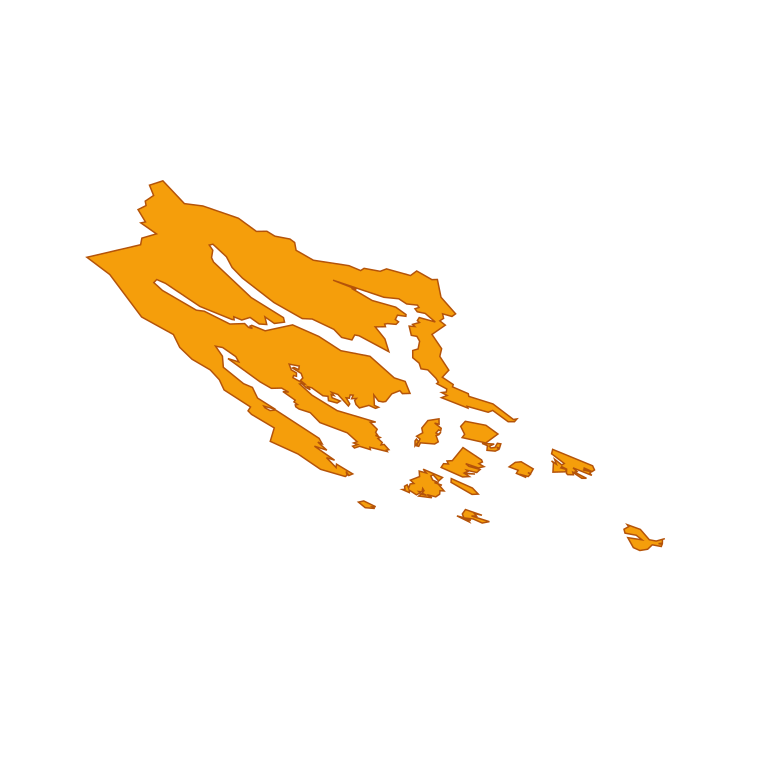 the district of Rødøy nor, Nordland, Norway, rotated 209°
{"feature_id": "86288312B63422016976384", "entity_name": "Rødøy nor", "entity_type": "district", "adm_level": 2, "iso_a3": "NOR", "parent_name": "Norway", "parent_adm1": "Nordland", "projection": "robinson", "projection_center": [13.227, 66.575], "detail": "fine", "context": "isolated", "style": "filled", "palette": "amber", "viewbox_px": 768, "rotation_deg": 209, "n_neighbors": 0, "source": "geoboundaries", "source_scale": "gbopen_adm2", "svg_char_len": 6166}
<svg xmlns="http://www.w3.org/2000/svg" viewBox="0 0 768 768"><g transform="rotate(209 384 384)"><path d="M455.7,278.7L425.3,281.1L398.2,278.6L373.0,284.3L372.1,286.3L374.7,289.1L370.4,286.9L367.8,290.2L386.7,290.9L385.4,287.7L398.6,291.7L390.3,293.4L414.7,295.9L401.9,298.4L413.7,301.1L409.1,301.7L414.4,305.0L466.2,308.7L470.8,305.5L476.7,305.5L478.4,306.4L466.6,309.2L487.8,310.4L497.4,317.2L507.0,316.2L532.6,320.7L538.8,330.0L549.7,335.4L542.8,337.7L526.9,336.1L521.7,332.9L532.8,330.6L493.5,325.8L480.4,325.6L471.6,330.8L463.4,330.6L468.8,328.4L453.8,326.8L454.1,324.7L449.7,324.1L451.5,322.7L450.2,321.3L446.2,320.9L434.6,323.2L421.3,319.2L392.4,323.5L379.5,320.5L382.0,317.7L377.7,318.3L381.3,314.4L378.8,313.7L375.1,317.7L364.1,320.0L365.7,321.8L348.4,326.5L349.8,327.3L347.9,328.9L354.6,331.2L357.1,329.3L357.2,332.0L362.9,333.4L361.4,335.4L366.6,334.9L364.7,336.1L367.9,337.7L368.0,341.1L377.5,343.8L372.8,346.7L412.1,338.0L441.5,339.3L457.8,343.1L455.2,345.3L466.8,345.4L467.2,347.6L464.3,348.3L465.9,351.2L472.0,351.4L476.6,355.4L466.8,358.6L465.6,355.2L470.8,354.8L471.8,353.6L461.6,353.1L457.9,349.9L458.8,346.6L452.9,345.6L454.6,344.2L450.3,343.1L445.7,343.2L449.4,344.7L445.2,345.7L431.7,344.1L427.0,346.1L424.5,342.5L415.8,344.6L414.0,347.9L422.7,346.8L425.0,349.1L422.2,349.7L426.0,351.3L419.1,352.5L404.5,347.5L404.3,350.0L410.4,353.6L407.5,354.7L408.3,358.1L405.5,359.3L405.2,355.4L401.1,358.0L401.7,355.4L398.6,352.5L393.9,351.1L386.8,358.0L379.6,358.6L377.5,361.0L382.0,360.6L387.6,369.5L380.5,366.4L376.2,367.8L374.0,369.6L372.4,379.2L366.9,385.9L363.2,384.5L356.7,388.4L366.7,396.5L378.0,394.3L409.7,401.4L437.9,392.2L464.0,394.0L492.6,391.4L513.7,372.9L528.1,371.2L529.3,369.6L526.0,368.8L529.9,367.8L535.2,369.3L547.9,361.7L576.6,360.5L583.9,357.6L623.1,358.4L634.5,361.1L633.4,365.2L623.8,366.1L582.7,362.6L548.4,366.7L546.2,367.5L548.0,370.0L539.4,371.0L533.4,377.3L522.2,376.0L515.4,379.2L520.7,385.0L509.2,383.8L501.0,389.9L504.1,393.3L542.1,395.2L592.2,408.0L596.1,410.9L598.6,418.0L604.2,420.8L601.4,423.3L583.5,418.9L573.4,412.3L559.2,408.0L519.8,401.9L487.2,401.6L478.3,406.0L454.3,407.5L443.7,404.2L433.4,407.0L433.4,412.7L429.2,414.1L395.4,414.6L405.0,423.8L419.4,429.7L410.5,434.8L412.5,436.7L410.3,438.5L402.4,442.0L401.4,445.4L405.4,445.9L405.6,450.7L397.7,453.8L398.4,455.4L411.0,456.9L434.8,451.3L458.8,451.9L454.0,453.4L478.9,450.1L426.1,459.8L412.4,465.7L403.0,465.0L393.0,469.2L390.5,467.9L393.4,464.8L389.9,463.3L382.2,465.7L369.2,463.1L385.4,459.2L385.6,455.6L382.8,455.0L387.9,450.0L384.9,449.2L390.1,446.8L383.7,439.8L378.3,441.6L373.6,438.7L371.2,431.2L375.1,427.2L371.6,420.9L363.4,419.3L359.0,415.2L352.6,417.6L341.3,414.2L337.3,411.9L338.1,409.9L326.7,410.1L325.6,407.2L329.4,404.5L323.2,404.6L327.1,399.9L299.0,403.6L300.4,404.8L279.2,409.8L276.1,413.6L257.1,411.2L251.6,414.3L250.8,417.9L253.6,415.7L279.0,419.4L303.8,414.3L305.6,416.4L322.7,414.7L323.2,417.1L336.3,418.2L334.0,427.5L348.6,435.2L350.7,442.8L366.1,450.6L358.9,465.2L365.8,466.3L363.7,470.3L366.8,473.8L357.3,476.0L355.4,480.1L376.2,487.5L388.0,501.3L392.7,498.5L410.2,498.7L413.4,491.7L437.6,485.9L442.0,480.7L457.5,475.5L459.4,471.9L472.0,470.5L505.8,458.0L525.7,458.3L530.7,464.4L536.5,465.2L551.1,460.4L560.5,460.8L569.6,455.6L591.7,458.4L628.7,451.9L646.0,445.0L675.9,454.5L685.5,444.2L676.9,437.2L681.5,428.2L678.6,424.7L683.7,417.3L671.2,410.1L674.8,407.0L655.8,405.0L666.5,394.2L664.4,387.8L705.3,350.8L676.9,346.8L628.5,325.1L592.2,325.2L580.4,317.0L564.0,312.6L542.8,312.1L530.1,307.9L521.0,301.3L489.6,299.2L489.9,294.6L485.2,293.2L458.7,292.4L455.7,278.7ZM316.8,300.6L309.2,301.3L310.4,303.4L301.9,302.8L299.6,306.3L301.5,306.8L298.5,308.1L299.5,311.4L297.3,310.1L297.7,307.0L292.8,307.2L298.2,305.7L299.3,302.8L287.0,307.7L292.6,308.1L284.0,310.4L281.9,314.6L283.3,317.8L279.6,319.6L287.6,322.6L284.2,323.6L292.0,322.2L288.5,324.2L294.8,323.6L298.5,326.2L297.0,328.4L289.2,325.7L287.5,330.6L308.4,328.5L303.8,326.7L311.0,324.9L308.0,320.3L314.3,312.7L309.6,311.5L312.6,309.3L312.1,304.9L314.9,307.1L316.5,304.5L314.6,302.1L316.8,300.6ZM293.6,338.7L270.2,340.8L264.5,344.4L269.8,344.8L260.7,349.4L271.1,344.8L268.3,348.2L270.0,348.7L260.0,351.5L258.5,355.8L269.9,353.1L273.9,354.0L260.7,356.4L256.5,360.2L262.4,360.3L260.1,363.5L261.8,364.9L284.1,366.7L287.1,350.1L291.6,347.2L288.9,345.3L293.3,343.2L293.6,338.7ZM204.8,408.6L203.6,404.2L187.8,401.9L189.2,399.4L198.3,400.9L194.3,397.4L200.2,398.0L197.6,397.2L193.5,388.8L182.5,395.3L183.3,397.6L188.7,396.3L188.5,397.9L183.0,398.1L181.1,394.3L179.4,393.8L174.4,396.4L176.1,398.3L165.3,397.4L161.2,399.7L174.6,399.3L172.7,401.0L178.0,402.3L158.0,404.8L160.8,405.8L160.1,407.7L168.4,405.3L165.3,406.9L168.9,407.5L159.5,408.3L158.2,410.9L161.9,413.6L204.8,408.6ZM289.7,375.0L266.4,381.8L260.1,395.5L274.8,397.3L294.8,390.8L296.4,384.1L289.1,379.1L289.7,375.0ZM103.1,378.9L100.8,377.9L103.7,373.3L100.9,370.4L90.1,374.0L82.8,372.8L96.3,367.8L86.6,361.8L79.5,362.4L73.3,367.3L71.4,373.4L62.7,376.3L63.0,378.6L66.5,377.5L63.4,379.8L65.1,383.1L63.4,384.9L69.8,378.6L76.4,376.4L89.3,381.1L103.1,378.9ZM326.9,344.9L326.0,349.5L325.3,345.8L323.4,346.3L323.6,350.2L310.6,356.1L308.5,359.7L313.5,364.2L311.5,366.1L310.9,369.5L312.2,366.2L314.8,366.4L314.0,370.3L311.7,370.5L312.5,373.0L320.8,374.4L316.3,375.5L319.0,380.2L327.9,373.3L329.6,363.8L326.5,360.1L330.2,354.1L325.8,353.4L325.6,350.2L328.9,351.6L329.3,349.3L326.9,344.9ZM224.9,370.0L214.2,371.1L221.7,370.8L213.0,373.0L212.2,376.0L215.2,376.3L212.3,376.7L212.3,382.1L226.3,382.5L231.2,379.1L234.4,372.2L224.8,373.6L224.9,370.0ZM256.3,304.0L242.5,304.7L245.2,306.1L242.6,306.6L243.0,307.2L247.7,305.3L249.3,305.6L240.5,309.2L230.7,310.0L225.1,314.7L243.5,311.0L239.1,313.3L242.1,314.5L234.7,316.7L251.9,313.7L252.5,308.3L249.4,305.8L256.3,304.0ZM277.7,330.5L253.5,330.1L248.2,333.4L256.2,335.9L279.3,333.9L277.7,330.5ZM261.8,375.9L254.2,379.2L251.9,382.4L254.8,383.4L251.9,383.9L252.8,388.3L256.1,387.1L256.2,382.3L259.5,379.9L261.8,380.6L258.5,384.9L269.5,379.6L263.7,380.2L261.8,375.9ZM340.5,266.7L331.8,270.6L334.8,270.8L331.8,272.6L345.0,271.9L349.1,268.3L340.5,266.7Z" fill="#f59e0b" stroke="#b45309" stroke-width="1.5"/></g></svg>